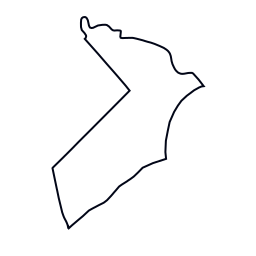 Quan 1, Hồ Chí Minh city, Vietnam (Natural Earth projection), rotated 6°
{"feature_id": "81297802B34545275526363", "entity_name": "Quan 1", "entity_type": "district", "adm_level": 2, "iso_a3": "VNM", "parent_name": "Vietnam", "parent_adm1": "Hồ Chí Minh city", "projection": "natural_earth1", "projection_center": [106.697, 10.775], "detail": "fine", "context": "isolated", "style": "outline", "palette": "ink", "viewbox_px": 256, "rotation_deg": 6, "n_neighbors": 0, "source": "geoboundaries", "source_scale": "gbopen_adm2", "svg_char_len": 1784}
<svg xmlns="http://www.w3.org/2000/svg" viewBox="0 0 256 256"><g transform="rotate(6 128 128)"><path d="M98.9,29.4L98.6,29.1L96.2,27.8L94.5,27.7L91.6,28.1L87.4,29.2L82.8,32.0L81.1,32.4L79.6,32.0L78.5,30.3L76.8,25.1L75.5,23.1L74.2,22.2L73.0,22.2L71.7,22.6L70.6,23.6L70.1,25.0L70.2,28.3L70.7,32.5L71.8,35.4L74.8,38.1L76.6,40.3L76.8,41.4L76.4,43.1L75.7,43.9L90.3,57.2L100.1,66.4L107.6,73.3L112.1,77.5L121.3,86.2L125.7,90.7L112.7,106.9L89.5,135.7L84.7,141.6L80.0,147.4L74.0,155.0L68.9,161.3L67.9,162.5L66.7,164.0L58.6,173.8L57.6,175.0L57.1,175.8L63.7,196.4L63.8,196.6L66.4,204.8L71.5,219.1L71.8,219.6L72.0,220.1L73.3,222.8L74.3,224.5L76.2,227.3L77.3,229.2L78.2,231.1L78.7,232.7L79.0,232.3L79.7,233.8L82.4,230.7L88.6,224.2L92.3,220.4L97.7,214.2L100.2,212.4L102.4,210.9L103.2,210.4L107.2,207.7L111.6,204.9L112.5,204.1L114.7,202.0L118.4,197.1L121.0,193.3L122.5,191.2L125.3,187.1L127.8,184.9L132.4,181.3L133.2,180.6L133.5,180.3L135.6,178.6L138.8,175.7L142.7,171.1L146.7,166.0L156.5,160.3L169.1,154.7L168.2,150.4L167.7,148.0L167.0,136.7L167.8,127.5L167.8,127.3L168.8,117.7L172.2,107.1L175.3,100.5L178.3,95.3L183.1,89.8L189.9,83.5L193.9,80.7L194.1,80.5L196.8,79.0L198.9,78.5L193.2,72.5L187.1,67.0L185.9,66.5L184.4,66.6L182.1,67.0L178.0,68.2L176.2,68.5L174.9,68.5L173.6,68.2L172.1,67.7L171.1,67.0L169.6,65.8L168.4,64.4L167.2,62.6L165.6,59.9L164.4,57.0L163.7,54.4L163.0,52.0L162.4,50.7L161.8,49.5L160.9,48.4L160.4,47.9L159.8,47.3L159.7,47.2L158.1,46.1L155.2,44.6L151.1,43.2L145.7,41.6L141.8,40.7L138.4,40.2L135.7,39.7L134.8,39.5L133.3,39.2L127.3,38.3L124.8,38.0L123.7,37.9L123.4,37.9L122.6,37.9L116.9,38.6L112.8,39.2L111.3,39.0L110.8,38.0L110.8,36.0L110.8,32.9L110.5,32.1L109.8,31.9L107.0,32.0L104.3,32.5L102.9,32.4L101.5,31.7L98.9,29.4Z" fill="none" stroke="#020617" stroke-width="2"/></g></svg>